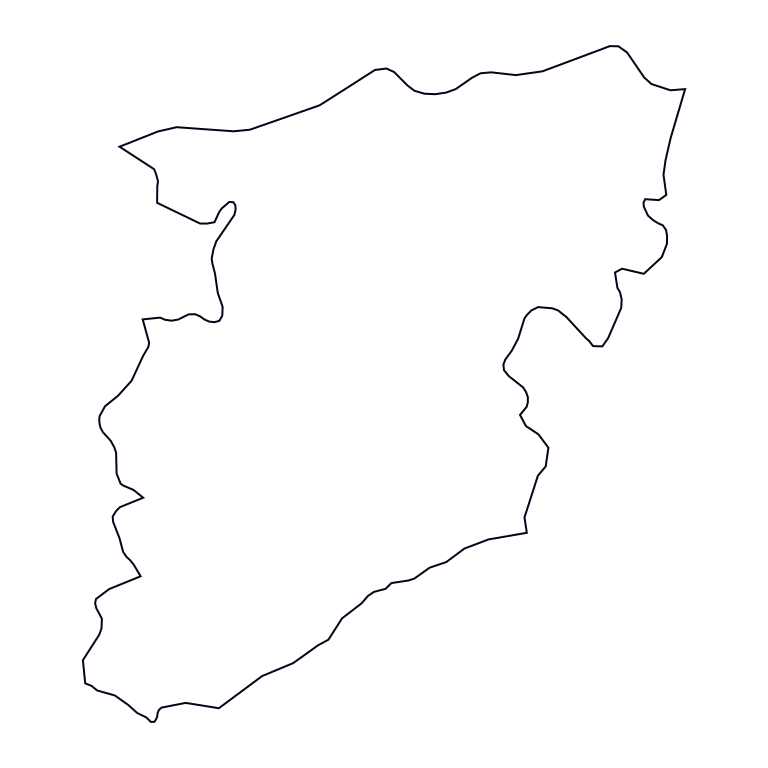 outline of Viseu
{"feature_id": "PRT-755", "entity_name": "Viseu", "entity_type": "District", "adm_level": 1, "iso_a3": "PRT", "parent_name": "Portugal", "parent_adm1": "", "projection": "mercator", "projection_center": [-7.901, 40.768], "detail": "fine", "context": "isolated", "style": "outline", "palette": "ink", "viewbox_px": 768, "rotation_deg": 0, "n_neighbors": 0, "source": "natural_earth", "source_scale": "10m", "svg_char_len": 2384}
<svg xmlns="http://www.w3.org/2000/svg" viewBox="0 0 768 768"><path d="M515.9,75.1L542.5,71.3L609.9,46.1L618.4,46.3L627.1,52.5L644.2,77.5L651.4,84.0L670.5,90.3L685.1,89.1L670.6,138.2L665.5,160.4L663.5,174.7L666.3,194.9L659.0,200.1L645.2,199.2L643.5,202.7L643.9,206.9L648.0,215.6L652.9,220.0L658.2,223.3L662.9,225.4L666.0,230.0L667.1,235.9L666.9,244.0L661.8,257.1L643.8,273.8L622.0,268.7L615.0,272.5L617.4,287.9L620.0,292.2L621.7,299.6L621.2,307.9L608.1,338.2L602.3,346.4L593.1,346.1L589.0,340.9L585.7,338.0L566.5,317.1L558.0,310.4L552.2,308.3L538.1,307.1L531.4,310.4L527.0,314.9L524.5,318.3L518.1,338.8L511.7,350.8L505.2,359.7L503.4,364.6L504.0,370.2L508.8,376.1L523.2,387.5L526.1,392.2L527.9,397.2L527.8,402.7L526.6,406.9L520.0,414.9L525.9,426.0L538.5,434.4L548.4,447.7L545.7,466.4L537.9,475.7L524.5,517.4L526.8,532.8L488.6,539.4L464.5,548.5L446.4,562.0L429.6,567.7L414.3,578.6L408.4,580.5L391.3,583.1L385.6,588.8L373.9,591.9L367.9,596.0L361.5,603.4L342.1,618.3L328.4,639.7L318.2,645.2L293.2,663.1L262.2,676.0L218.9,708.2L185.7,702.9L161.5,707.6L159.0,709.8L157.6,713.0L157.2,716.6L155.8,719.8L154.3,721.9L150.8,721.9L146.3,717.4L137.2,713.0L128.3,705.0L114.9,695.5L97.2,690.5L91.7,686.0L85.2,683.3L82.9,660.2L99.2,634.8L101.5,628.5L101.9,618.7L96.3,608.2L95.1,603.2L96.0,599.0L109.3,589.0L140.6,576.3L133.9,564.9L130.2,560.3L126.3,556.6L123.1,551.8L119.5,538.2L113.1,521.8L112.7,516.6L116.1,511.0L120.0,507.1L143.2,497.7L133.6,490.0L123.4,485.6L120.6,483.7L116.6,473.6L116.1,452.5L114.2,447.2L110.8,440.9L102.9,432.2L100.4,427.5L99.4,422.8L99.3,419.3L99.6,416.1L105.0,406.3L118.2,395.6L131.6,380.7L143.2,355.7L148.4,346.9L149.1,342.6L142.7,319.4L160.2,317.6L164.8,319.7L171.5,320.7L178.3,319.5L188.5,314.4L195.2,314.2L200.0,316.3L204.5,319.5L209.3,321.6L214.5,322.2L219.4,320.8L222.3,315.6L222.6,306.7L217.8,293.1L215.0,273.6L212.4,263.5L211.7,258.4L213.4,249.6L216.3,241.3L234.3,215.0L235.3,211.1L235.5,210.0L235.6,208.1L235.2,204.9L233.3,202.2L229.3,201.9L221.7,208.5L220.1,210.6L218.6,213.3L214.5,222.2L207.0,223.6L200.0,223.5L157.1,202.8L157.3,186.3L158.0,181.2L156.0,173.9L154.1,169.2L119.5,146.7L157.9,131.5L176.6,127.2L233.6,131.3L249.9,129.7L319.6,105.3L344.8,89.3L374.9,70.0L386.3,68.5L394.1,72.0L407.4,85.4L414.5,90.8L424.3,93.7L435.2,94.2L446.1,92.6L455.7,89.1L472.1,77.7L480.5,73.3L490.4,72.4L491.8,72.4L515.9,75.1Z" fill="none" stroke="#020617" stroke-width="2"/></svg>